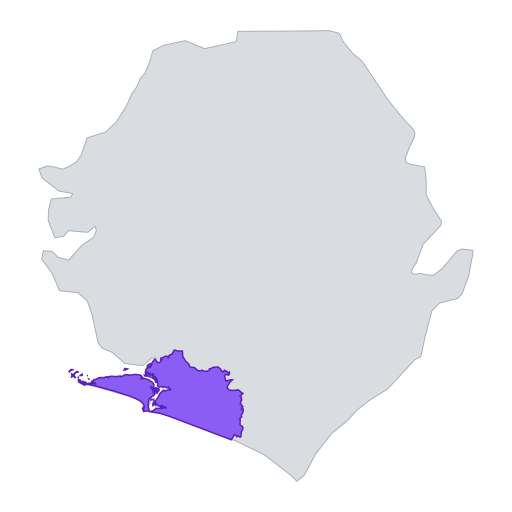 location of Bonthe, Southern, Sierra Leone
{"feature_id": "65957751B90425188102960", "entity_name": "Bonthe", "entity_type": "district", "adm_level": 2, "iso_a3": "SLE", "parent_name": "Sierra Leone", "parent_adm1": "Southern", "projection": "albers", "projection_center": [-12.539, 7.5], "detail": "fine", "context": "in_parent", "style": "filled", "palette": "violet", "viewbox_px": 512, "rotation_deg": 0, "n_neighbors": 0, "source": "geoboundaries", "source_scale": "gbopen_adm2", "svg_char_len": 7529}
<svg xmlns="http://www.w3.org/2000/svg" viewBox="0 0 512 512"><path d="M473.0,250.4L472.6,255.0L468.6,275.9L462.1,293.8L457.9,298.3L439.5,303.1L431.8,311.0L425.1,336.5L420.9,356.5L414.6,359.9L387.7,388.9L370.1,399.9L357.8,409.4L346.2,421.7L331.5,433.6L315.8,453.8L304.6,474.7L296.9,481.3L291.1,475.4L264.2,454.8L235.8,441.0L175.4,418.0L155.3,411.5L156.0,403.3L163.0,388.4L151.7,370.8L156.1,358.0L151.7,358.0L143.1,365.7L124.7,363.4L112.5,352.5L102.5,348.4L98.2,342.9L91.8,313.9L87.3,300.8L78.0,292.7L59.6,290.7L52.0,273.0L41.7,259.3L43.4,250.8L51.8,251.3L58.3,257.5L68.8,260.0L81.9,245.2L93.7,237.2L96.4,230.2L95.0,226.3L87.8,232.3L68.4,230.7L63.6,236.1L54.9,237.8L48.2,220.5L48.5,210.2L51.3,199.0L70.9,197.1L72.6,193.5L59.0,191.1L42.0,178.0L39.0,168.9L47.4,165.9L55.5,167.3L62.5,169.2L70.1,166.0L77.2,161.1L81.4,154.8L87.1,137.8L105.5,132.1L116.4,121.7L126.7,105.6L131.4,94.3L135.6,88.7L138.3,83.8L140.3,78.4L144.9,73.5L149.7,61.5L153.0,50.6L163.6,45.3L185.2,40.7L204.6,48.6L236.2,41.7L237.9,31.4L266.7,31.2L301.0,31.0L329.5,30.7L339.3,33.4L342.8,41.1L352.3,53.0L362.1,61.2L374.3,79.4L388.5,100.5L403.9,119.5L413.7,129.8L414.9,133.5L414.2,137.6L409.4,147.3L405.3,157.8L405.7,161.8L408.6,163.8L424.6,167.0L426.1,178.7L426.2,194.9L434.1,210.0L441.5,221.1L441.1,225.1L423.2,244.1L416.2,263.0L412.6,268.3L411.2,272.6L414.8,274.5L419.8,273.3L426.8,274.8L433.5,275.3L442.3,268.5L456.9,251.1L461.9,249.0L473.0,250.4ZM149.5,404.2L147.4,408.0L137.7,398.6L87.9,384.6L102.0,377.1L136.6,374.9L146.8,379.3L151.4,382.9L153.1,389.8L149.5,404.2Z" fill="#d9dde1" stroke="#a8b0b8" stroke-width="1"/><path d="M241.4,397.4L240.0,396.2L243.0,393.4L240.7,392.0L239.4,390.6L237.6,389.7L236.3,390.3L230.3,390.4L228.2,389.1L227.2,387.5L227.4,386.2L230.0,382.0L232.4,379.9L230.7,379.8L225.9,381.0L224.6,376.5L224.7,375.4L225.4,374.6L226.0,374.5L228.2,375.1L229.0,374.8L229.6,373.4L229.2,372.2L228.8,372.7L228.0,372.8L227.6,372.6L226.9,371.3L225.5,371.3L224.9,370.3L224.2,370.3L223.4,371.6L222.3,371.9L220.6,369.2L218.2,367.0L213.2,367.3L210.5,368.8L209.9,368.8L210.2,369.1L209.5,369.8L207.4,371.3L203.5,371.1L202.3,370.2L201.7,370.2L200.8,370.8L198.0,370.7L194.6,367.8L192.9,367.3L190.7,367.2L189.6,366.5L188.9,364.2L185.4,360.8L182.7,356.4L182.4,351.0L178.0,351.1L174.3,350.0L171.9,354.2L169.3,355.2L168.8,356.3L169.1,356.9L168.5,357.6L168.0,357.6L167.8,356.5L166.5,356.1L164.4,356.6L162.9,357.6L160.9,358.1L160.7,359.6L161.8,359.9L161.1,360.4L160.5,361.7L159.1,362.7L157.9,362.6L157.1,362.1L155.2,359.3L154.6,359.2L152.4,362.2L150.6,366.9L148.9,367.8L146.7,368.2L145.7,369.9L147.8,373.0L149.7,373.3L151.7,375.1L152.7,373.8L153.4,373.7L153.4,376.0L154.9,376.6L156.5,378.3L157.8,382.8L157.9,384.0L157.5,385.8L158.5,386.9L159.2,387.1L160.5,386.6L162.4,387.1L164.0,386.6L167.6,387.8L168.5,387.0L168.9,388.1L170.2,388.7L170.6,389.5L169.8,390.0L168.9,389.7L164.9,391.0L164.5,390.5L163.4,390.6L161.5,392.0L159.4,394.1L158.7,396.3L154.7,402.3L156.5,403.8L158.2,405.8L159.2,406.1L162.0,405.4L163.1,406.2L165.7,407.2L166.0,407.5L165.8,408.1L164.8,407.6L161.3,408.4L156.5,408.5L154.6,409.4L153.0,410.9L151.3,411.0L150.0,411.7L159.8,413.3L168.8,416.1L231.4,439.8L234.5,434.5L236.0,435.2L236.7,436.7L238.0,436.0L240.2,437.1L240.8,436.6L241.3,432.5L241.6,431.3L242.5,430.0L243.0,427.4L242.5,426.5L240.3,425.2L240.0,424.1L240.2,419.2L239.7,418.5L241.7,416.9L241.2,416.3L241.6,414.6L242.9,412.4L243.2,410.3L242.4,410.3L242.3,409.6L241.6,409.3L242.0,409.0L242.0,408.2L242.7,408.3L242.2,407.6L242.8,406.8L242.0,406.3L242.3,406.0L242.0,405.5L240.2,403.7L240.6,403.4L240.8,402.5L240.9,400.6L241.8,400.0L241.4,399.1L241.4,397.4ZM140.8,375.2L135.1,374.4L130.3,375.1L128.9,374.9L128.4,375.3L128.1,374.9L125.4,374.6L124.3,375.0L123.4,375.9L120.9,376.8L120.5,376.1L115.6,376.7L111.4,376.2L108.7,376.7L108.3,377.7L106.8,376.7L103.5,378.0L101.9,377.9L101.1,377.5L100.8,377.8L99.4,377.6L95.5,379.5L94.2,379.5L92.1,381.5L95.4,383.2L95.9,384.6L95.3,383.8L92.9,383.3L91.6,383.8L88.4,383.2L86.9,384.0L86.9,384.5L89.4,384.6L95.6,386.0L112.9,390.7L129.1,395.9L136.2,398.8L139.4,400.5L141.9,402.3L142.1,401.8L142.0,402.3L144.0,405.2L144.3,406.2L143.4,410.5L144.7,411.2L148.8,410.8L149.2,410.2L148.1,405.7L148.8,399.5L149.8,398.2L152.6,396.3L153.2,395.3L153.8,395.4L154.5,394.5L154.3,393.9L154.7,394.0L154.8,393.6L154.3,392.6L154.1,392.8L153.9,392.1L153.2,392.1L152.9,390.0L151.4,388.5L150.9,387.7L150.9,386.7L151.2,386.8L151.7,387.8L152.6,388.0L154.0,385.6L154.0,384.8L152.5,382.4L148.8,379.9L145.0,378.6L143.6,378.4L141.7,379.1L140.7,378.6L140.9,378.1L142.3,377.3L142.0,376.7L140.8,375.2ZM149.9,376.7L150.2,376.1L149.8,374.6L147.4,373.5L146.4,372.0L145.3,372.0L145.7,373.9L147.4,376.0L148.6,376.6L149.9,376.7ZM83.7,382.0L82.9,381.2L82.5,381.3L82.7,381.9L82.6,382.3L83.3,383.2L85.2,383.9L84.9,384.5L84.6,384.5L85.0,383.9L83.9,384.5L83.2,384.2L83.9,383.7L83.4,383.9L83.1,383.4L82.3,383.3L81.6,382.7L81.6,383.0L81.4,382.5L81.9,381.6L81.2,381.6L81.0,382.3L80.2,382.8L84.8,385.3L86.0,383.0L85.7,383.0L85.5,382.0L83.7,382.0ZM74.2,374.7L74.7,373.7L75.9,372.7L78.1,372.0L77.4,371.4L76.4,371.8L73.4,374.4L72.7,374.7L72.3,374.6L72.3,374.9L72.2,374.3L72.9,374.5L71.7,374.0L72.0,376.3L71.7,376.9L71.7,376.5L71.6,377.1L71.9,377.0L72.1,376.3L72.9,376.2L74.5,376.7L74.9,377.6L75.3,377.3L74.3,375.9L74.2,374.7ZM150.9,363.6L148.6,364.4L147.2,365.9L147.3,366.6L148.4,366.9L150.5,366.3L150.9,363.6ZM157.9,391.8L158.1,391.3L158.8,390.9L159.2,389.4L159.1,389.0L157.7,388.4L156.5,389.3L157.2,391.2L157.9,391.8ZM155.0,377.4L151.9,377.7L154.5,379.4L156.2,379.7L155.5,377.9L155.0,377.4ZM160.8,408.0L162.7,407.8L163.9,406.7L162.8,406.4L160.5,407.3L160.8,408.0ZM127.3,368.9L124.8,368.5L124.0,370.0L125.3,369.9L127.3,368.9ZM155.5,404.9L155.8,404.0L154.3,402.5L153.8,403.4L154.8,404.9L155.5,404.9ZM81.9,375.5L82.4,374.9L82.0,374.1L80.4,375.5L81.9,375.5ZM80.4,380.1L79.0,379.8L79.0,381.3L79.3,380.6L79.9,381.2L80.4,380.1ZM156.4,382.5L156.7,381.7L155.5,380.8L155.4,381.7L155.7,382.3L156.4,382.5ZM69.9,370.8L72.6,369.8L72.8,369.7L72.0,369.4L71.1,369.6L70.2,370.2L69.9,370.8ZM155.6,391.8L155.5,390.9L154.8,389.7L154.3,390.6L155.6,391.8ZM80.5,381.6L80.3,381.0L80.0,381.5L78.6,381.7L78.2,381.4L79.0,382.3L80.5,381.6ZM157.2,388.3L156.0,387.6L155.7,387.6L156.0,388.7L157.2,388.3ZM153.9,390.3L154.4,389.4L154.3,388.8L153.7,388.8L153.6,390.1L153.9,390.3ZM91.5,382.6L92.4,382.2L91.8,381.4L91.2,382.3L91.5,382.6ZM157.2,393.0L157.2,392.3L156.8,391.5L156.5,393.1L157.2,393.0ZM145.5,376.0L144.9,375.1L144.3,375.1L144.7,375.9L145.5,376.0ZM151.9,399.4L151.0,399.3L150.9,399.9L151.3,400.0L151.9,399.4ZM82.5,383.2L82.4,382.3L82.6,381.9L82.3,381.7L82.1,382.6L82.5,383.2ZM153.3,402.7L153.9,402.3L154.0,401.7L153.3,402.4L153.3,402.7ZM152.9,405.5L153.2,404.9L152.8,404.5L152.7,405.1L152.9,405.5ZM143.1,409.4L142.6,408.2L142.7,407.8L142.5,408.5L143.1,409.4ZM155.9,405.0L156.3,404.5L155.9,404.1L155.6,404.8L155.9,405.0ZM156.6,381.3L156.2,380.6L155.6,380.7L156.0,381.1L156.6,381.3ZM155.7,403.5L155.6,403.2L154.8,403.0L155.4,403.5L155.7,403.5ZM154.1,388.7L154.3,388.3L154.1,388.0L153.7,388.3L154.1,388.7ZM78.6,378.2L78.3,377.4L77.8,376.7L78.6,378.2ZM78.6,379.9L78.2,380.0L78.1,380.3L78.3,380.0L78.4,381.0L78.6,379.9ZM70.2,372.5L68.7,370.9L69.3,371.8L70.2,372.5ZM143.3,409.5L143.1,409.5L143.0,410.3L143.3,410.7L143.3,409.5ZM152.4,376.3L153.0,376.3L152.8,375.8L152.4,376.3ZM153.6,399.4L153.1,399.6L153.2,400.0L153.5,399.8L153.6,399.4ZM143.8,406.6L143.2,407.0L143.2,407.3L143.8,406.6ZM87.0,375.8L87.3,375.7L87.8,375.5L87.4,375.5L87.0,375.8ZM88.9,379.1L89.0,379.3L89.7,379.4L88.9,379.1Z" fill="#8b5cf6" stroke="#5b21b6" stroke-width="1.5"/></svg>